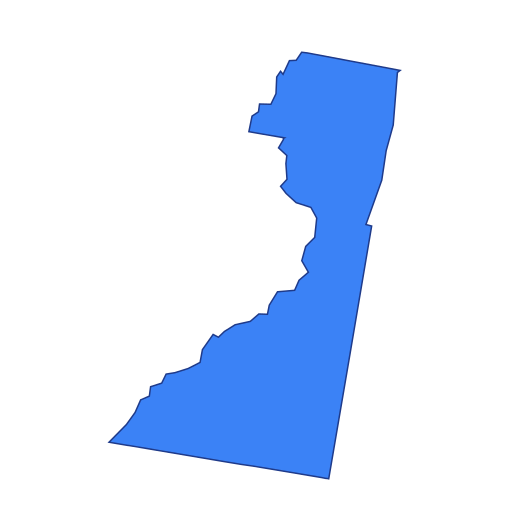 Dunklin, Missouri, United States of America, rotated 10°
{"feature_id": "52423323B2577811037468", "entity_name": "Dunklin", "entity_type": "district", "adm_level": 2, "iso_a3": "USA", "parent_name": "United States of America", "parent_adm1": "Missouri", "projection": "albers", "projection_center": [-90.156, 36.313], "detail": "fine", "context": "isolated", "style": "filled", "palette": "blue", "viewbox_px": 512, "rotation_deg": 10, "n_neighbors": 0, "source": "geoboundaries", "source_scale": "gbopen_adm2", "svg_char_len": 1120}
<svg xmlns="http://www.w3.org/2000/svg" viewBox="0 0 512 512"><g transform="rotate(10 256 256)"><path d="M243.9,330.5L238.0,335.8L233.1,342.5L227.4,340.7L219.5,357.5L219.4,370.5L208.7,378.6L196.4,385.0L188.0,387.9L185.2,397.6L174.9,403.0L175.3,412.5L167.4,417.7L164.1,431.1L157.7,444.4L143.6,464.9L148.4,464.9L162.3,464.8L164.0,464.7L189.1,464.5L190.9,464.5L191.0,464.5L260.1,464.0L276.9,463.8L277.4,463.8L289.4,463.4L359.2,462.8L363.1,462.9L365.4,462.7L366.0,462.8L366.3,462.8L365.6,336.6L364.7,206.4L358.8,205.9L366.7,159.5L365.9,129.7L368.4,103.2L363.4,50.7L365.7,48.2L271.2,47.1L265.6,47.4L261.6,56.3L255.0,57.8L251.1,72.4L248.1,69.8L245.3,76.1L247.5,92.7L244.3,104.0L233.1,105.7L233.4,113.6L227.8,118.9L227.4,134.8L229.2,134.8L241.6,134.8L263.5,134.7L262.5,135.5L262.8,136.4L259.4,145.6L259.9,145.9L268.9,151.7L269.4,159.8L273.2,175.1L268.1,183.1L274.8,189.2L286.3,196.5L301.6,198.6L309.2,208.1L310.6,227.5L303.3,237.9L301.9,252.7L310.4,262.9L302.6,272.4L300.0,283.1L283.4,287.5L277.6,302.1L277.4,311.4L268.9,312.6L261.7,321.4L247.4,327.3L243.9,330.5Z" fill="#3b82f6" stroke="#1e3a8a" stroke-width="1.5"/></g></svg>